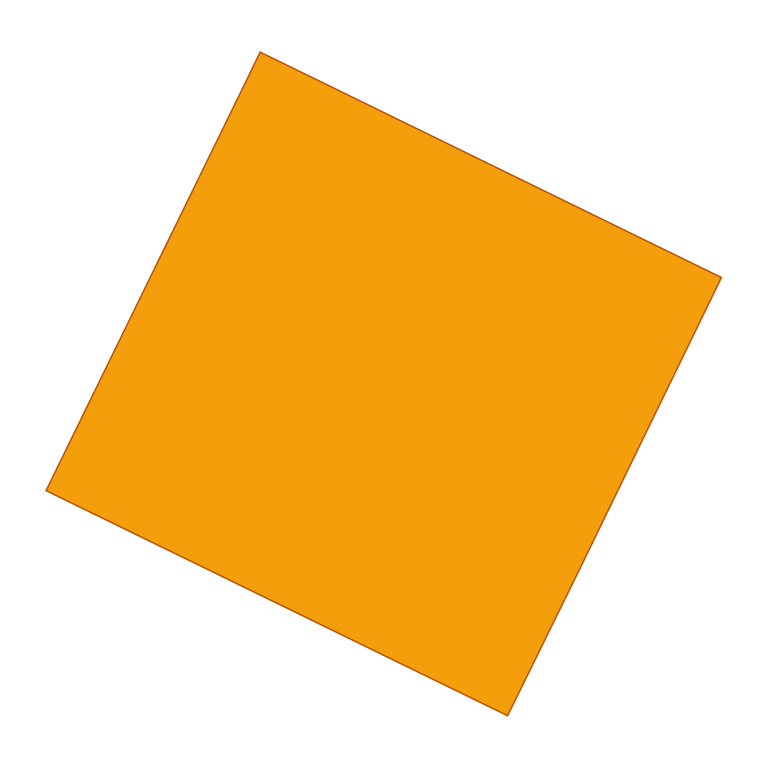 outline of Haskell, Kansas, United States of America, rotated 116°
{"feature_id": "52423323B82156570325304", "entity_name": "Haskell", "entity_type": "district", "adm_level": 2, "iso_a3": "USA", "parent_name": "United States of America", "parent_adm1": "Kansas", "projection": "equal_earth", "projection_center": [-100.898, 37.562], "detail": "fine", "context": "isolated", "style": "filled", "palette": "amber", "viewbox_px": 768, "rotation_deg": 116, "n_neighbors": 0, "source": "geoboundaries", "source_scale": "gbopen_adm2", "svg_char_len": 291}
<svg xmlns="http://www.w3.org/2000/svg" viewBox="0 0 768 768"><g transform="rotate(116 384 384)"><path d="M140.4,127.4L140.1,490.7L140.0,640.8L164.1,640.7L465.5,640.9L628.0,641.0L628.0,512.4L628.0,127.5L465.6,127.0L140.4,127.4Z" fill="#f59e0b" stroke="#b45309" stroke-width="1.5"/></g></svg>